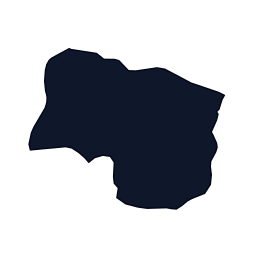 an SVG outline of Bioko Sur, rotated 261°
{"feature_id": "GNQ-1479", "entity_name": "Bioko Sur", "entity_type": "Province", "adm_level": 1, "iso_a3": "GNQ", "parent_name": "Equatorial Guinea", "parent_adm1": "", "projection": "natural_earth1", "projection_center": [8.643, 3.416], "detail": "fine", "context": "isolated", "style": "filled", "palette": "ink", "viewbox_px": 256, "rotation_deg": 261, "n_neighbors": 0, "source": "natural_earth", "source_scale": "10m", "svg_char_len": 928}
<svg xmlns="http://www.w3.org/2000/svg" viewBox="0 0 256 256"><g transform="rotate(261 128 128)"><path d="M215.5,82.3L214.4,83.9L206.5,108.5L199.6,114.8L197.7,125.6L196.6,128.0L195.7,129.6L184.4,137.4L183.0,144.8L182.8,166.0L180.3,173.5L162.5,197.2L148.9,223.0L145.2,228.2L141.4,225.2L132.3,220.7L130.2,217.8L127.7,219.0L122.0,216.6L111.0,209.5L108.1,210.6L99.0,213.0L95.0,212.9L90.7,210.8L82.4,204.5L77.2,203.2L68.7,202.9L59.3,200.4L51.6,193.5L48.5,180.0L46.7,175.0L43.1,169.0L40.5,163.0L41.8,157.9L43.3,153.7L45.8,134.3L48.5,125.4L53.6,113.8L61.0,106.2L70.4,109.2L75.5,105.9L82.1,106.2L96.3,109.2L102.9,106.1L105.1,98.8L104.0,90.3L100.4,83.9L105.4,80.8L111.6,75.6L117.1,69.5L119.4,63.6L121.7,28.2L127.5,27.8L138.2,31.9L143.5,35.3L160.8,49.5L166.2,52.0L171.0,53.0L174.3,52.9L177.3,52.5L187.4,53.1L198.1,55.6L203.3,57.8L207.0,60.7L208.2,62.4L209.2,64.4L215.5,82.3Z" fill="#0f172a" stroke="#020617" stroke-width="1.5"/></g></svg>